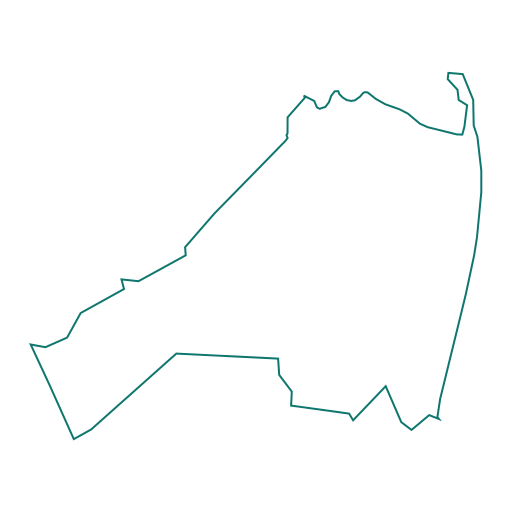 Monmouth, New Jersey, United States of America
{"feature_id": "52423323B66186032617491", "entity_name": "Monmouth", "entity_type": "district", "adm_level": 2, "iso_a3": "USA", "parent_name": "United States of America", "parent_adm1": "New Jersey", "projection": "mercator", "projection_center": [-74.184, 40.279], "detail": "fine", "context": "isolated", "style": "outline", "palette": "teal", "viewbox_px": 512, "rotation_deg": 0, "n_neighbors": 0, "source": "geoboundaries", "source_scale": "gbopen_adm2", "svg_char_len": 1074}
<svg xmlns="http://www.w3.org/2000/svg" viewBox="0 0 512 512"><path d="M49.5,384.9L73.8,439.1L91.1,429.5L176.3,353.6L278.1,358.6L279.2,374.9L291.8,391.6L291.1,405.6L349.1,413.6L353.1,420.3L385.7,386.2L401.3,422.2L411.5,429.9L416.2,426.0L429.2,415.1L438.9,419.0L437.4,417.1L440.1,399.1L459.4,320.5L461.3,312.8L465.9,293.8L474.1,255.5L477.0,237.1L479.0,216.2L481.3,192.4L481.3,170.7L477.4,136.8L473.7,125.5L473.2,99.9L462.7,74.1L448.4,72.9L447.7,79.1L457.5,89.8L458.7,100.0L467.1,105.2L464.4,126.7L462.3,134.6L456.8,134.4L427.7,127.2L419.9,123.7L407.9,113.6L399.5,109.3L385.4,104.3L375.8,98.9L367.6,92.4L364.6,92.2L362.9,93.2L360.1,96.6L354.8,100.4L351.2,100.9L346.8,100.1L342.7,97.5L339.2,93.9L338.3,91.2L334.7,91.3L331.2,95.9L328.9,102.3L325.4,106.9L319.6,108.8L316.8,107.2L314.3,101.0L303.7,95.6L305.2,97.3L287.6,117.3L287.5,133.4L286.5,135.2L287.6,138.0L285.4,140.9L257.5,169.5L231.9,195.6L214.3,213.6L185.1,247.2L185.7,255.3L138.5,281.2L121.5,279.4L124.0,289.0L80.7,313.0L67.1,337.6L45.4,347.2L30.7,344.5L49.5,384.9Z" fill="none" stroke="#0f766e" stroke-width="2"/></svg>